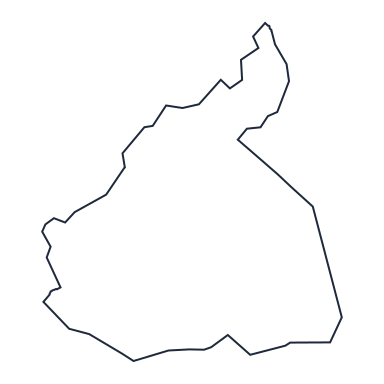 the district of McDowell, North Carolina, United States of America
{"feature_id": "52423323B54593628096375", "entity_name": "McDowell", "entity_type": "district", "adm_level": 2, "iso_a3": "USA", "parent_name": "United States of America", "parent_adm1": "North Carolina", "projection": "robinson", "projection_center": [-82.082, 35.739], "detail": "fine", "context": "isolated", "style": "outline", "palette": "slate", "viewbox_px": 384, "rotation_deg": 0, "n_neighbors": 0, "source": "geoboundaries", "source_scale": "gbopen_adm2", "svg_char_len": 1030}
<svg xmlns="http://www.w3.org/2000/svg" viewBox="0 0 384 384"><path d="M241.0,59.8L242.1,79.9L229.9,88.4L220.8,79.8L198.9,104.3L182.5,108.0L166.1,105.5L152.7,125.9L144.4,127.2L122.5,153.3L124.8,167.2L124.7,167.2L124.6,167.4L124.5,167.6L124.4,167.7L106.2,194.6L74.7,212.1L65.1,222.5L53.9,218.2L45.4,224.4L42.4,231.2L42.2,231.7L50.6,246.7L46.7,257.5L60.5,287.4L58.0,288.7L57.0,289.3L56.4,289.0L55.4,289.2L54.6,289.8L54.0,289.8L52.4,290.4L51.8,291.0L50.6,291.5L50.5,292.3L49.6,293.6L49.6,294.6L43.4,301.9L69.2,328.8L89.2,334.1L121.7,353.4L133.5,361.0L168.5,350.5L189.2,349.4L204.1,349.7L211.2,347.2L227.8,335.0L250.2,354.8L285.3,345.7L290.2,342.6L308.0,342.5L330.1,342.4L341.8,317.3L312.8,206.6L291.4,187.2L277.7,174.3L258.6,157.7L237.8,139.7L246.9,128.7L260.5,127.3L267.9,116.1L277.3,112.0L289.0,81.2L286.6,64.2L275.0,44.3L271.7,31.5L271.4,31.2L271.5,30.3L271.4,29.9L269.9,28.7L269.7,28.3L269.6,26.9L269.3,26.0L268.9,25.7L268.1,25.8L265.1,23.0L253.1,36.5L258.4,48.0L241.0,59.8Z" fill="none" stroke="#1e293b" stroke-width="2"/></svg>